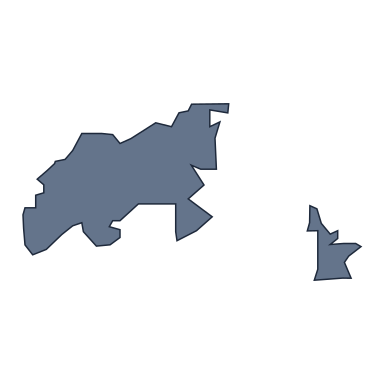 SVG path tracing the border of Islands
{"feature_id": "HKG-5170", "entity_name": "Islands", "entity_type": "state/province", "adm_level": 1, "iso_a3": "HKG", "parent_name": "Hong Kong S.A.R.", "parent_adm1": "", "projection": "natural_earth1", "projection_center": [113.979, 22.247], "detail": "fine", "context": "isolated", "style": "filled", "palette": "slate", "viewbox_px": 384, "rotation_deg": 0, "n_neighbors": 0, "source": "natural_earth", "source_scale": "10m", "svg_char_len": 1045}
<svg xmlns="http://www.w3.org/2000/svg" viewBox="0 0 384 384"><path d="M32.7,254.8L25.0,244.9L23.6,228.3L23.0,214.8L25.0,207.8L35.7,207.8L35.7,195.2L43.8,192.8L43.8,184.8L37.2,179.2L37.7,178.7L47.1,170.6L54.6,163.6L55.3,161.4L65.1,159.4L72.7,150.5L81.8,133.5L101.8,133.5L112.7,134.6L120.0,143.5L130.9,138.6L155.7,122.8L171.5,126.7L179.0,112.8L188.2,110.9L191.6,104.2L228.7,103.8L227.8,112.9L209.8,109.9L209.8,126.7L219.9,121.9L215.0,138.2L216.4,169.2L200.7,169.2L191.3,165.2L204.0,185.0L188.2,198.9L212.2,216.8L196.5,230.7L177.0,240.7L175.7,231.7L175.7,203.9L163.4,203.9L153.2,203.9L138.4,203.9L120.0,220.7L112.7,220.7L109.3,226.7L120.0,229.7L120.0,237.5L110.1,244.8L96.4,246.1L83.4,231.7L81.8,222.7L72.7,225.8L61.8,234.5L46.3,249.4L32.7,254.8ZM342.6,278.1L314.3,280.2L317.8,269.2L317.8,230.7L307.3,230.9L309.6,222.7L309.9,205.7L316.9,208.8L321.3,223.4L330.2,234.1L337.7,230.7L337.7,238.5L330.2,244.5L343.5,243.5L355.7,243.5L361.0,246.6L348.7,256.1L344.4,262.4L351.1,278.2L342.6,278.1Z" fill="#64748b" stroke="#1e293b" stroke-width="1.5"/></svg>